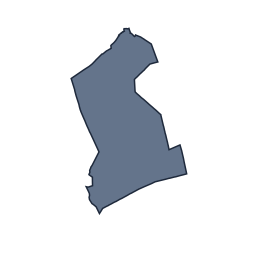 La Pe, Oaxaca, Mexico, rotated 27°
{"feature_id": "50627088B903406016502", "entity_name": "La Pe", "entity_type": "district", "adm_level": 2, "iso_a3": "MEX", "parent_name": "Mexico", "parent_adm1": "Oaxaca", "projection": "orthographic", "projection_center": [-96.796, 16.623], "detail": "fine", "context": "isolated", "style": "filled", "palette": "slate", "viewbox_px": 256, "rotation_deg": 27, "n_neighbors": 0, "source": "geoboundaries", "source_scale": "gbopen_adm2", "svg_char_len": 2336}
<svg xmlns="http://www.w3.org/2000/svg" viewBox="0 0 256 256"><g transform="rotate(27 128 128)"><path d="M141.9,211.2L144.4,207.6L145.9,205.7L145.9,205.4L147.3,203.6L149.5,200.3L150.3,199.3L150.5,199.2L153.1,195.2L154.3,193.7L158.5,187.5L159.4,186.0L160.2,185.0L160.9,184.1L161.6,183.0L162.8,181.3L165.4,177.5L165.5,177.4L169.2,172.8L174.3,166.7L176.5,163.7L184.5,156.8L187.5,154.1L188.2,153.6L191.6,150.6L192.8,149.7L195.6,147.1L198.8,144.3L201.1,142.2L193.2,132.5L191.2,129.9L188.4,126.6L185.9,123.6L185.5,123.2L182.0,119.5L174.4,128.7L172.2,125.9L171.4,124.9L171.2,124.8L169.8,123.0L167.2,120.0L165.6,118.1L165.2,117.6L164.1,116.4L163.0,115.3L162.8,114.9L161.9,113.9L159.6,111.1L158.9,110.3L158.2,109.6L152.0,102.3L151.8,102.1L151.2,101.2L149.4,100.8L144.5,99.4L142.3,98.9L140.5,98.4L136.3,97.4L131.1,96.0L128.8,95.4L126.1,94.9L123.4,94.1L120.5,93.4L119.8,93.2L118.0,92.6L117.1,91.2L111.7,81.9L111.7,81.7L112.3,79.8L112.9,78.3L114.0,74.7L114.7,72.9L115.6,70.3L116.2,68.9L116.5,67.3L118.5,61.1L122.0,57.9L124.6,55.6L119.6,51.0L110.6,42.6L98.0,41.2L92.5,41.7L92.7,42.7L92.3,43.5L91.4,43.3L88.8,42.4L87.8,42.3L87.4,42.4L87.2,42.4L86.9,42.4L87.0,42.0L87.0,41.9L86.2,41.4L85.8,40.9L85.4,40.7L83.6,38.8L82.8,39.8L81.8,40.0L79.4,41.3L79.6,42.1L79.8,42.3L80.5,43.4L80.7,43.5L80.1,44.3L79.8,44.5L79.9,44.8L79.4,45.1L79.3,45.6L78.8,46.4L79.0,46.6L78.6,47.0L78.2,48.0L77.7,48.9L78.1,49.2L77.7,49.8L78.1,50.3L77.8,50.9L77.8,51.9L77.4,55.5L76.9,57.7L76.6,58.7L76.3,59.5L75.8,60.7L75.3,62.2L76.8,64.7L73.8,69.2L71.9,73.5L71.2,73.9L68.8,81.2L68.7,81.4L68.1,83.7L68.0,84.0L67.1,86.9L66.8,87.7L65.4,90.8L62.4,95.9L54.9,109.7L63.0,118.0L63.8,119.1L66.3,121.9L67.5,123.2L69.2,124.9L73.6,129.3L75.1,131.2L76.5,132.7L77.4,133.7L78.0,134.1L78.5,134.7L81.0,136.8L83.3,138.7L86.4,141.2L87.3,142.0L88.9,143.4L91.3,145.4L92.0,145.9L94.2,147.7L94.9,148.3L95.1,148.5L96.3,149.4L96.7,149.6L100.8,152.8L107.5,158.1L109.8,159.9L111.4,161.2L113.0,162.5L113.0,168.5L113.0,173.3L113.0,176.3L113.0,177.6L112.7,179.7L112.9,180.5L113.1,183.2L113.9,184.4L114.2,185.1L114.2,186.3L114.4,187.3L118.6,188.0L120.7,192.0L122.6,195.5L119.3,198.8L117.4,199.3L121.1,202.1L123.0,203.6L123.5,204.2L124.2,205.3L124.4,205.7L124.8,207.4L126.2,209.3L130.2,211.7L131.9,211.9L135.4,212.7L141.4,217.2L141.7,214.2L141.9,211.2Z" fill="#64748b" stroke="#1e293b" stroke-width="1.5"/></g></svg>